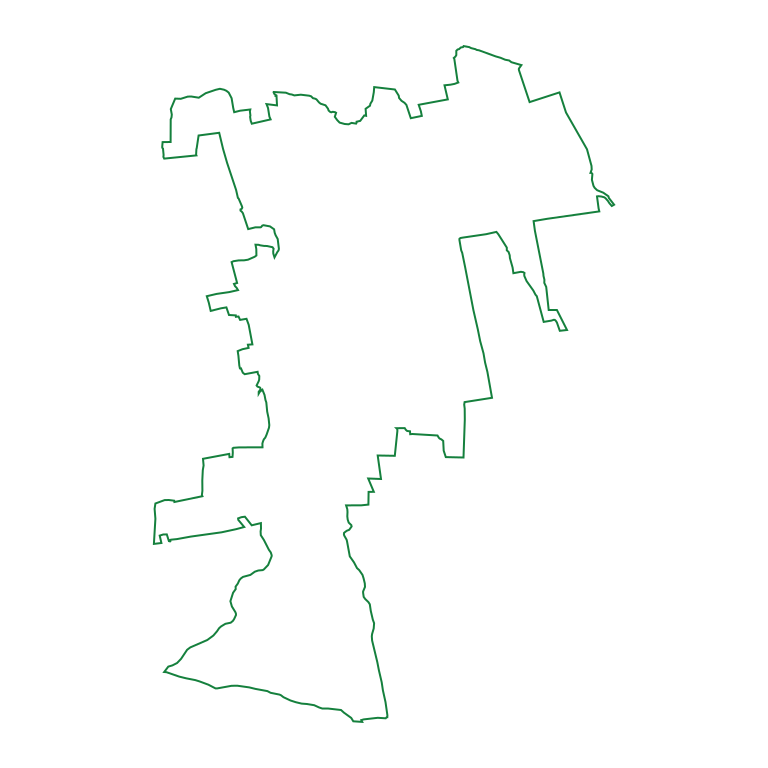 the district of Lungani, Iasi, Romania
{"feature_id": "2599482B77898922743518", "entity_name": "Lungani", "entity_type": "district", "adm_level": 2, "iso_a3": "ROU", "parent_name": "Romania", "parent_adm1": "Iasi", "projection": "natural_earth1", "projection_center": [27.139, 47.151], "detail": "fine", "context": "isolated", "style": "outline", "palette": "green", "viewbox_px": 768, "rotation_deg": 0, "n_neighbors": 0, "source": "geoboundaries", "source_scale": "gbopen_adm2", "svg_char_len": 6062}
<svg xmlns="http://www.w3.org/2000/svg" viewBox="0 0 768 768"><path d="M521.4,65.1L511.4,62.2L509.2,60.5L505.1,59.7L500.6,57.8L495.7,56.4L479.0,50.3L476.6,49.9L475.5,49.2L471.1,48.1L469.2,47.1L463.6,46.1L463.0,47.1L460.8,47.5L459.1,49.1L457.6,49.5L456.3,50.8L456.3,55.1L455.4,56.6L453.8,58.0L454.3,58.8L457.5,80.8L458.3,82.5L454.5,83.9L450.4,84.7L444.5,85.3L447.8,99.4L418.7,104.8L420.9,111.4L421.8,115.9L410.8,118.2L406.4,104.9L404.5,102.8L401.5,100.8L399.1,98.0L398.7,95.6L394.9,89.5L374.2,87.1L373.8,92.2L372.3,100.6L370.4,103.7L370.0,105.7L365.6,108.8L366.1,115.8L364.3,115.4L360.2,120.9L356.6,121.7L356.6,122.6L356.1,123.6L351.5,122.9L348.6,124.3L344.7,124.0L339.6,122.6L337.2,120.1L334.8,116.8L336.1,112.8L335.1,112.2L332.8,111.8L331.2,112.3L330.0,111.8L328.6,110.5L328.0,108.7L325.5,105.3L320.6,103.7L319.0,102.4L316.4,99.3L314.9,98.6L313.0,98.2L311.1,96.3L309.2,95.7L300.8,94.7L294.3,95.4L291.8,94.5L289.6,94.2L285.9,92.7L273.7,92.0L273.6,92.4L274.6,94.3L275.7,94.9L275.6,95.9L276.5,95.8L277.0,105.4L266.5,104.1L268.0,107.9L269.4,116.6L270.6,119.4L251.8,123.7L250.7,120.8L250.1,116.8L250.4,115.5L249.9,111.4L250.3,109.5L240.1,110.7L234.2,112.2L233.2,107.8L231.6,98.2L228.7,92.6L226.4,90.8L224.0,89.7L219.9,88.8L215.7,89.8L205.7,93.2L198.8,97.7L191.2,96.5L187.8,96.6L180.8,98.8L175.2,98.6L170.8,109.1L171.8,114.6L171.5,117.4L170.7,119.4L170.6,142.0L162.6,142.1L162.2,147.1L162.3,147.8L163.0,148.6L163.6,155.0L163.4,156.9L164.2,158.6L196.4,155.4L196.1,154.7L196.4,149.1L196.7,148.2L198.6,135.5L219.2,132.8L223.0,148.7L227.1,162.9L236.1,190.0L237.9,197.9L238.6,198.5L242.0,206.4L242.3,207.7L241.6,208.9L240.5,209.4L240.5,210.6L241.8,211.7L242.9,213.2L248.2,229.1L255.5,227.3L260.5,227.3L261.1,227.1L262.3,225.6L263.5,225.2L270.0,226.4L274.1,229.3L274.7,232.8L275.6,235.2L277.7,239.0L278.9,248.9L278.5,250.5L277.3,252.1L274.5,257.4L273.3,253.6L273.2,251.2L273.6,248.7L272.5,247.2L267.0,246.0L263.9,245.9L260.1,245.3L258.7,244.8L255.5,244.7L256.3,249.0L256.4,255.5L254.6,256.8L248.0,259.7L244.2,260.3L238.7,260.4L233.5,261.2L231.6,262.1L237.1,283.0L234.0,283.9L235.0,286.1L236.7,287.9L238.0,290.1L229.2,292.1L216.7,293.9L206.8,296.2L208.8,302.7L210.7,310.9L221.0,308.3L226.4,307.4L229.0,315.0L235.8,315.4L235.9,316.8L238.5,316.5L240.1,319.9L246.5,318.8L248.7,324.8L252.4,344.4L247.9,344.7L248.6,347.9L242.5,349.2L237.7,351.1L238.4,355.7L239.3,365.5L239.9,368.3L240.2,368.6L241.0,368.4L242.8,372.7L244.7,374.2L257.6,371.8L257.9,373.9L259.3,376.0L259.2,379.5L258.7,381.2L256.6,385.5L257.5,386.6L259.7,387.4L260.2,387.8L260.6,389.3L258.7,391.8L258.7,393.6L259.7,391.9L262.4,389.7L264.5,394.9L265.5,400.1L266.3,402.4L267.2,411.7L268.6,418.3L269.3,425.1L269.0,427.7L266.6,434.6L265.3,437.6L263.8,439.4L263.0,441.4L262.4,443.5L262.5,447.3L239.0,447.4L233.4,447.8L232.6,448.4L232.8,452.7L232.5,456.9L229.5,457.2L229.2,453.9L203.0,458.8L203.6,465.5L202.8,470.1L202.3,480.4L202.4,490.8L201.9,495.1L202.4,496.2L174.4,502.0L174.2,500.7L168.8,500.0L164.6,500.1L155.4,503.5L154.6,508.8L155.4,518.7L153.9,543.9L161.4,543.0L159.7,535.6L163.2,534.5L166.8,534.4L168.9,541.1L170.1,541.4L170.4,541.1L170.1,540.0L170.9,539.7L176.9,539.1L190.7,536.6L221.6,532.3L236.0,529.2L244.2,527.0L238.3,519.9L238.1,518.4L241.3,517.2L244.9,516.7L251.7,525.3L260.9,523.1L261.0,528.7L260.6,531.4L260.8,535.2L263.9,540.0L268.9,549.8L270.8,552.5L271.7,555.3L271.6,556.4L268.1,565.0L263.9,569.4L262.7,570.1L258.3,570.5L254.8,571.7L250.4,574.9L243.0,576.9L240.8,578.5L239.3,580.3L237.8,583.6L235.6,586.6L235.7,589.1L233.1,592.7L230.4,601.2L231.9,606.5L235.3,612.0L235.9,613.5L236.0,615.0L234.1,619.1L232.9,620.9L230.7,622.7L225.4,623.8L221.1,626.4L219.1,628.2L217.0,631.3L213.4,635.5L207.3,640.0L190.3,647.4L187.1,649.8L181.1,658.8L177.1,663.0L172.4,665.4L168.3,666.6L164.2,672.0L166.5,672.2L179.2,676.6L186.1,678.3L195.3,680.1L199.5,681.4L208.4,684.7L215.5,688.4L217.2,688.4L231.6,685.8L237.2,685.7L249.3,687.4L255.4,688.9L267.4,691.1L270.6,692.8L279.5,694.6L280.9,695.2L283.5,697.2L290.5,700.5L295.8,702.2L301.6,703.6L306.9,704.0L314.2,705.2L319.2,707.5L322.2,708.5L327.8,708.5L341.0,710.0L344.0,712.7L351.2,717.9L353.3,721.3L362.2,721.9L361.3,720.1L363.7,719.4L377.8,717.8L385.7,718.3L386.7,717.2L387.3,717.2L387.4,715.3L385.5,702.1L382.9,690.3L381.7,682.3L378.9,670.3L377.3,662.1L372.1,640.5L371.8,636.3L372.1,634.0L373.7,628.5L374.1,623.2L372.8,619.6L370.8,611.0L369.8,604.3L368.4,602.1L365.2,599.0L363.7,596.9L363.1,592.8L363.1,591.5L365.0,586.9L364.8,583.4L363.6,578.4L362.5,574.9L359.2,570.1L357.0,568.1L354.0,562.4L349.8,556.4L347.0,541.2L346.6,539.7L344.2,535.5L343.9,534.2L344.1,532.8L346.7,530.8L349.2,529.8L351.6,526.5L351.3,525.1L348.7,522.6L347.7,519.6L347.3,516.4L347.5,512.0L347.3,509.2L346.1,505.4L361.5,505.3L368.4,504.6L368.6,491.9L373.8,491.8L368.2,478.5L381.0,479.0L377.7,455.5L394.8,455.8L397.4,430.8L397.2,429.0L396.4,428.2L404.7,428.1L405.8,429.8L407.2,431.0L410.0,431.3L410.2,434.2L412.4,434.0L437.5,435.5L438.8,437.7L439.7,438.6L441.4,439.4L443.2,440.9L443.7,450.7L445.8,457.1L463.5,457.5L464.8,419.7L464.7,408.6L464.2,404.6L464.6,402.1L492.0,397.8L487.4,371.9L485.1,362.6L483.5,353.3L480.2,341.2L477.8,329.3L473.4,310.1L465.2,267.5L462.2,252.8L461.2,250.4L459.4,239.8L459.5,238.7L460.5,238.0L462.8,237.6L486.1,234.2L496.4,231.9L498.3,234.2L506.8,247.6L506.8,250.3L508.6,252.0L509.7,255.3L509.9,258.0L512.6,267.6L513.4,273.2L520.9,271.8L523.3,272.2L524.5,273.0L524.2,274.7L524.4,276.1L526.6,281.1L533.3,290.5L535.5,294.7L536.8,296.2L543.7,321.9L551.4,320.6L553.8,319.8L554.8,319.9L555.7,320.7L556.9,322.5L559.8,330.8L567.0,330.0L556.9,310.0L548.7,310.0L546.2,286.9L544.3,282.9L544.4,279.7L543.5,275.9L543.3,273.4L534.9,230.7L533.6,221.1L547.2,218.8L599.3,211.4L598.6,208.4L597.0,196.4L598.3,196.2L601.3,196.5L604.3,197.3L605.5,198.2L607.9,200.9L609.3,203.1L611.8,206.0L614.1,204.7L608.9,198.0L608.4,196.3L603.3,192.7L597.1,190.2L594.7,187.9L593.5,185.9L591.9,179.8L592.4,174.0L591.5,172.9L590.5,172.9L591.7,169.4L591.5,165.9L587.0,149.3L566.0,112.5L559.5,92.4L529.6,102.1L519.0,70.3L518.8,69.1L519.1,68.3L521.4,65.1Z" fill="none" stroke="#15803d" stroke-width="2"/></svg>